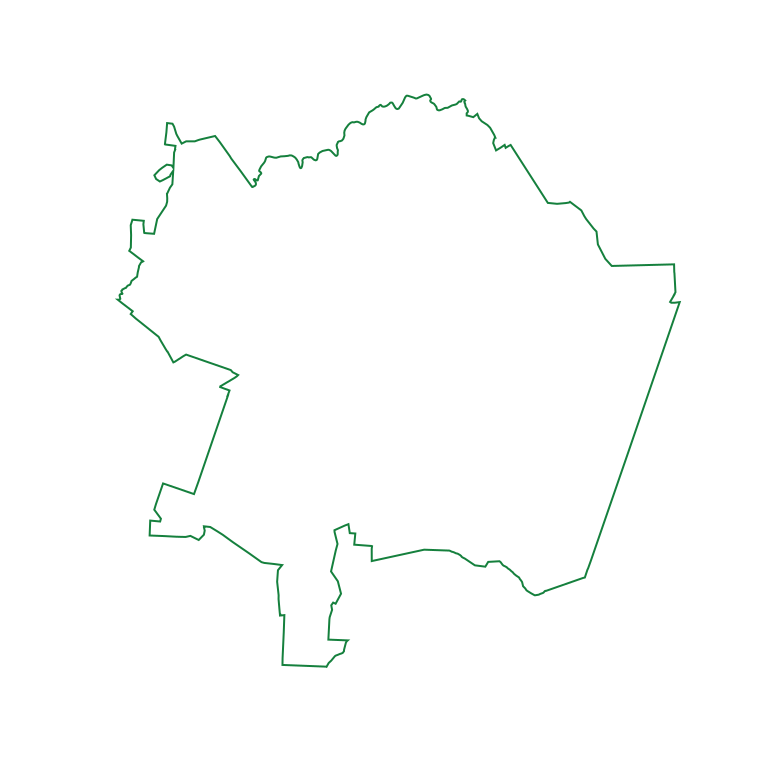 the district of Zalves pag., Neretas, Latvia, rotated 100°
{"feature_id": "27541924B93655267023488", "entity_name": "Zalves pag.", "entity_type": "district", "adm_level": 2, "iso_a3": "LVA", "parent_name": "Latvia", "parent_adm1": "Neretas", "projection": "orthographic", "projection_center": [25.189, 56.336], "detail": "fine", "context": "isolated", "style": "outline", "palette": "green", "viewbox_px": 768, "rotation_deg": 100, "n_neighbors": 0, "source": "geoboundaries", "source_scale": "gbopen_adm2", "svg_char_len": 6075}
<svg xmlns="http://www.w3.org/2000/svg" viewBox="0 0 768 768"><g transform="rotate(100 384 384)"><path d="M175.6,630.6L173.7,632.0L167.0,635.4L164.4,637.5L164.7,642.9L174.0,642.0L185.9,641.4L186.1,641.2L186.1,640.9L185.7,630.7L189.1,630.6L189.3,630.3L192.4,630.9L207.8,628.9L205.6,631.1L205.7,636.0L209.6,640.0L212.4,642.5L218.3,646.4L221.7,644.0L223.5,639.9L221.7,637.3L216.6,630.8L214.9,630.6L210.6,628.6L224.1,627.1L227.9,628.9L233.8,630.5L234.2,630.8L238.8,629.7L242.2,629.2L246.2,629.6L260.9,636.0L276.0,636.5L276.7,643.6L276.9,646.1L276.8,646.4L268.5,648.7L265.0,648.9L265.9,660.3L266.1,660.3L271.6,661.0L281.3,658.9L293.6,657.0L297.1,658.0L302.1,648.3L305.0,642.5L305.5,643.0L306.2,644.2L306.6,644.4L310.5,645.8L311.4,645.6L316.8,645.9L321.2,645.8L321.7,646.2L322.2,646.9L324.0,648.4L326.3,650.5L329.2,651.0L330.4,651.5L331.5,653.3L332.6,654.1L334.2,654.9L334.5,655.6L336.4,658.1L337.0,658.1L337.8,658.8L338.1,658.8L339.3,658.2L340.5,657.3L340.8,657.5L341.1,658.8L341.4,659.3L342.0,659.7L342.7,659.8L345.9,658.5L346.5,658.9L346.8,659.2L347.1,660.1L347.2,660.8L349.9,655.9L356.0,644.1L359.1,645.6L362.7,639.7L376.7,614.1L379.9,611.6L387.5,605.1L389.7,603.1L389.7,602.8L399.3,595.2L398.4,593.9L391.4,586.4L389.4,584.0L396.9,537.3L398.7,535.1L400.5,529.2L401.9,530.2L403.9,532.2L414.7,544.8L415.5,544.8L417.2,535.0L422.7,536.0L422.6,535.7L512.5,549.8L525.4,552.0L520.3,584.3L541.8,587.7L547.7,588.4L555.4,580.3L558.3,580.6L559.1,590.5L573.9,588.5L572.0,574.5L570.5,562.3L569.6,556.1L569.0,552.6L567.2,548.3L569.8,539.4L563.7,535.2L559.5,535.1L556.5,536.4L556.3,536.0L555.4,536.5L555.0,530.3L557.9,522.9L560.5,516.6L565.8,505.8L574.1,487.6L580.7,473.7L581.0,470.8L580.4,461.7L580.0,452.9L585.8,456.1L597.3,454.9L610.3,451.1L614.1,450.5L623.1,448.1L627.9,446.8L628.6,446.2L628.9,446.5L630.1,446.2L628.9,442.0L646.0,439.6L671.4,436.3L678.3,435.2L672.4,391.9L672.5,391.5L668.3,390.0L665.7,388.0L660.6,385.1L659.8,384.3L658.7,382.4L657.4,380.4L657.1,379.7L656.6,378.9L656.1,378.1L655.5,377.7L654.0,377.0L653.0,377.2L651.4,377.1L645.3,376.6L643.8,376.0L642.8,375.2L645.4,394.4L625.2,396.9L623.1,397.0L615.4,395.9L611.1,397.5L608.1,396.1L608.8,393.5L598.0,389.9L586.3,395.2L577.8,403.6L556.3,402.6L549.6,402.0L538.3,407.0L536.6,407.4L530.2,398.0L528.2,394.7L536.8,391.8L536.2,386.3L547.4,385.4L545.7,368.3L545.8,367.6L548.4,367.5L560.5,365.3L540.2,315.7L536.7,290.7L536.9,289.7L537.4,288.2L537.4,287.3L537.7,285.5L538.2,283.9L538.3,282.0L539.2,279.5L540.0,278.1L540.7,277.5L541.1,276.6L541.6,275.2L541.7,274.5L546.8,263.0L546.3,252.5L541.1,250.5L538.5,239.5L539.2,238.2L541.4,235.9L542.1,234.8L542.6,232.9L543.2,231.2L544.0,230.2L545.0,227.9L546.4,225.8L546.9,224.7L548.2,223.2L548.7,222.4L549.8,220.4L551.1,217.4L552.4,216.4L553.8,214.8L555.1,213.6L559.0,211.9L560.8,209.4L562.4,207.9L563.0,206.7L564.6,202.7L565.8,199.2L565.9,198.7L564.6,195.0L563.6,193.7L562.2,191.2L561.5,190.5L560.2,189.8L559.7,189.2L559.7,188.7L540.5,154.4L539.7,152.6L531.5,151.4L530.2,151.0L522.1,149.6L410.1,131.8L252.0,107.0L253.4,111.5L254.1,115.2L253.5,116.5L246.0,113.7L246.0,113.9L243.0,112.9L224.5,117.2L223.3,117.6L215.8,119.1L228.2,180.2L222.3,187.8L209.4,197.6L197.0,201.2L194.5,204.6L186.5,213.5L184.0,215.8L178.8,219.8L172.3,232.5L173.2,233.3L174.3,236.6L176.5,244.8L177.2,254.1L126.6,300.8L127.9,302.5L130.3,305.2L127.6,306.7L131.1,310.3L134.5,314.2L127.8,318.3L124.7,318.2L122.2,317.6L122.1,317.1L119.6,318.7L113.2,324.0L111.0,327.1L108.3,333.4L105.8,336.5L101.8,339.0L105.7,342.4L105.2,347.6L105.2,349.2L103.1,349.6L101.8,348.8L101.2,348.7L100.5,348.8L98.9,349.8L96.7,351.7L95.9,352.1L94.4,352.6L93.5,353.2L93.4,353.1L92.2,353.9L91.8,353.9L90.7,353.2L89.8,354.7L89.7,355.2L89.8,356.0L90.0,356.5L90.3,356.8L92.2,357.1L92.6,357.4L92.7,357.9L92.6,358.4L92.7,359.0L95.6,361.0L96.3,362.0L97.9,365.5L100.9,369.2L101.2,370.2L101.4,371.3L101.7,372.2L103.3,374.2L104.7,376.5L105.0,377.5L104.8,379.0L104.2,379.6L102.0,380.6L99.6,383.1L99.2,383.8L98.5,386.1L98.0,387.0L97.2,387.6L96.7,387.7L95.3,387.1L94.9,387.2L92.3,389.3L91.7,390.5L91.6,391.6L91.6,392.5L92.4,394.4L93.2,395.7L97.0,401.2L97.3,402.2L96.8,404.4L96.0,410.5L96.1,411.6L96.6,412.2L98.1,413.0L103.8,414.4L109.4,416.9L110.2,417.3L110.6,418.0L110.9,418.7L110.8,419.5L110.4,420.4L108.7,422.0L106.0,424.2L105.5,425.0L105.6,425.9L105.9,426.7L107.5,427.7L108.6,428.7L109.6,429.7L110.5,431.2L110.9,432.2L111.0,433.2L110.9,434.0L109.7,435.7L110.0,436.4L111.0,437.2L111.8,437.5L112.7,439.5L113.5,440.2L115.5,441.8L116.6,442.9L119.1,445.8L124.3,447.7L126.7,448.1L128.1,447.9L130.4,448.0L131.1,448.2L131.6,448.6L131.9,449.2L132.0,449.9L131.7,451.3L130.9,453.0L130.6,454.1L130.4,455.2L130.4,456.0L130.6,456.9L131.6,459.0L131.6,460.4L132.1,461.5L132.9,462.5L134.8,464.0L139.2,466.2L141.3,466.8L143.4,466.8L146.1,466.1L149.6,466.6L151.5,467.7L152.4,469.1L152.8,470.4L153.7,471.4L154.5,471.5L156.6,472.1L157.5,472.0L159.8,471.2L161.7,470.0L163.3,469.9L165.7,469.5L166.5,469.6L167.4,470.2L167.6,470.5L167.6,471.1L167.4,471.6L163.8,476.5L163.4,477.3L163.0,478.7L163.0,479.5L163.3,480.4L165.2,485.0L167.1,487.4L168.6,488.6L169.0,488.8L174.0,488.8L175.2,489.3L175.6,490.3L175.4,491.3L175.2,492.1L173.5,494.7L173.3,495.3L173.9,497.5L173.8,498.4L173.9,499.0L175.4,502.2L177.1,503.1L178.1,503.2L179.7,502.6L183.5,502.5L185.4,502.9L185.8,503.3L185.9,503.8L185.4,504.4L184.7,504.9L181.7,506.5L180.5,506.9L178.1,508.9L176.5,510.7L175.7,512.4L175.1,514.2L175.0,515.2L175.2,516.5L176.0,518.2L177.0,521.7L177.8,525.2L179.9,529.4L180.1,531.4L179.8,535.2L179.8,536.1L179.9,536.9L180.7,538.5L181.2,539.1L181.8,539.4L185.0,539.8L186.7,540.4L191.0,542.8L194.3,543.8L195.4,544.0L196.0,543.8L196.2,543.6L196.8,542.3L197.2,541.9L197.7,541.5L198.2,541.5L200.9,543.3L205.3,543.7L205.6,544.4L205.6,544.7L204.7,546.4L204.6,547.0L204.8,547.5L205.0,547.7L205.4,547.8L205.9,547.4L206.9,546.2L208.3,545.1L209.6,544.8L210.2,544.9L211.0,545.3L212.0,546.5L212.3,547.3L212.8,547.5L212.8,548.2L199.4,562.0L188.5,573.6L186.3,575.5L174.3,587.7L169.1,593.4L175.2,607.6L176.0,609.2L177.9,612.5L179.4,621.0L182.4,625.0L175.6,630.6Z" fill="none" stroke="#15803d" stroke-width="2"/></g></svg>